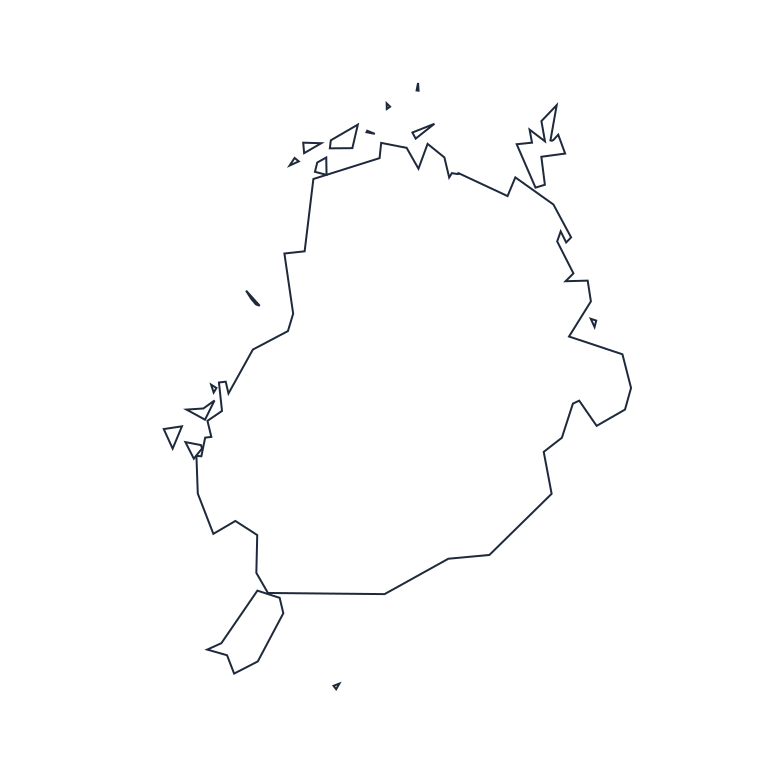 Bohol, Bohol, Philippines (Equal Earth projection), rotated 343°
{"feature_id": "2640588B19040020708567", "entity_name": "Bohol", "entity_type": "district", "adm_level": 2, "iso_a3": "PHL", "parent_name": "Philippines", "parent_adm1": "Bohol", "projection": "equal_earth", "projection_center": [124.147, 9.869], "detail": "medium", "context": "isolated", "style": "outline", "palette": "slate", "viewbox_px": 768, "rotation_deg": 343, "n_neighbors": 0, "source": "geoboundaries", "source_scale": "gbopen_adm2", "svg_char_len": 1959}
<svg xmlns="http://www.w3.org/2000/svg" viewBox="0 0 768 768"><g transform="rotate(343 384 384)"><path d="M557.1,240.4L517.3,204.5L517.1,204.5L516.9,204.3L516.7,204.9L515.6,204.7L510.6,202.2L506.7,205.6L508.0,185.0L495.9,167.1L479.9,188.2L474.7,164.8L451.8,152.6L445.8,166.7L376.4,167.3L346.9,233.9L326.9,230.1L317.7,290.2L307.6,305.3L268.7,312.7L232.5,347.6L233.3,335.5L226.6,334.3L221.2,362.4L204.4,367.6L203.4,384.1L197.3,383.0L188.2,399.7L183.6,397.9L173.9,434.3L177.0,477.4L201.8,471.5L218.6,491.4L206.7,527.3L211.9,549.9L323.1,585.1L394.4,569.9L434.8,578.3L512.2,538.0L516.9,495.6L538.4,487.4L558.9,458.0L565.8,457.0L575.1,486.2L607.0,478.9L619.1,460.0L620.7,425.3L574.8,392.7L606.0,365.5L609.0,344.7L587.7,338.8L597.5,333.6L591.3,298.3L597.6,289.7L599.6,301.9L605.8,298.5L598.5,261.9L570.0,224.8L557.1,240.4ZM202.5,544.6L152.7,584.3L137.3,586.3L154.6,597.5L156.0,617.1L182.2,612.4L220.7,573.8L221.7,558.0L202.5,544.6ZM630.7,167.8L611.4,178.6L608.9,199.0L597.6,183.3L596.1,196.5L581.0,193.5L586.3,240.5L596.1,240.5L600.9,212.7L624.6,216.6L623.5,196.5L617.5,200.1L615.7,200.5L614.4,199.7L630.7,167.8ZM434.8,128.3L404.4,135.4L401.1,142.8L422.7,149.2L434.8,128.3ZM178.4,365.4L160.2,362.7L163.0,384.0L178.4,365.4ZM187.6,350.7L202.4,365.8L217.1,350.2L204.1,354.6L187.6,350.7ZM177.1,381.5L180.3,399.8L191.2,392.4L191.1,388.9L177.1,381.5ZM508.3,149.9L484.7,151.8L486.0,158.6L508.3,149.9ZM394.4,135.4L377.3,129.6L375.1,139.9L394.4,135.4ZM395.0,150.5L384.9,152.7L380.0,160.9L390.2,167.2L395.0,150.5ZM253.8,657.4L247.5,657.9L249.0,661.9L253.8,657.4ZM605.5,385.4L600.8,382.1L602.0,391.1L605.5,385.4ZM364.6,141.7L357.6,147.5L367.6,146.2L364.6,141.7ZM448.4,142.1L442.0,136.9L440.9,138.1L448.4,142.1ZM470.9,120.6L468.6,116.4L467.1,121.8L470.9,120.6ZM288.0,272.8L279.4,254.4L281.9,263.6L284.8,270.4L288.0,272.8ZM504.6,106.1L501.0,112.8L502.8,113.6L504.6,106.1ZM222.6,338.8L218.5,334.1L218.6,342.4L222.6,338.8Z" fill="none" stroke="#1e293b" stroke-width="2"/></g></svg>